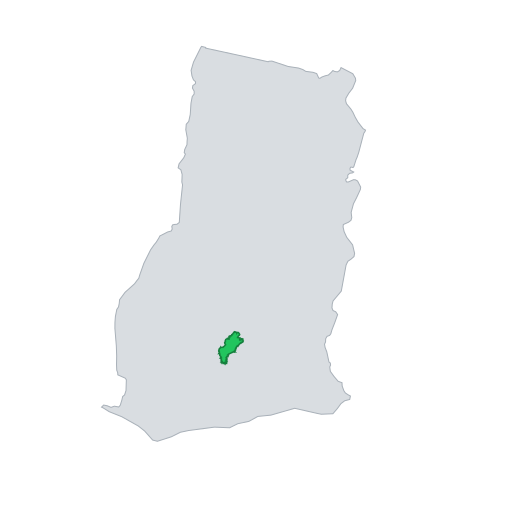 Asante Akim South, Ashanti, Ghana (highlighted), rotated 13°
{"feature_id": "2480657B39079904074923", "entity_name": "Asante Akim South", "entity_type": "district", "adm_level": 2, "iso_a3": "GHA", "parent_name": "Ghana", "parent_adm1": "Ashanti", "projection": "robinson", "projection_center": [-1.081, 6.462], "detail": "fine", "context": "in_parent", "style": "filled", "palette": "green", "viewbox_px": 512, "rotation_deg": 13, "n_neighbors": 0, "source": "geoboundaries", "source_scale": "gbopen_adm2", "svg_char_len": 7328}
<svg xmlns="http://www.w3.org/2000/svg" viewBox="0 0 512 512"><g transform="rotate(13 256 256)"><path d="M309.3,56.6L312.9,60.4L313.7,62.6L312.4,70.8L309.8,76.5L308.1,81.9L308.4,84.6L309.9,87.3L315.4,91.5L318.1,94.2L321.4,98.4L325.2,102.5L331.6,107.8L334.4,108.7L334.2,110.2L333.4,112.2L332.8,131.9L332.3,137.0L331.8,139.6L331.2,147.0L330.6,148.0L329.3,147.9L328.2,148.2L327.9,149.7L328.4,151.2L332.3,152.2L331.4,153.3L328.6,154.4L327.2,156.6L327.8,159.1L326.2,161.1L326.7,162.5L327.7,163.5L329.3,163.1L333.9,159.7L335.8,159.4L338.1,160.1L342.5,165.3L342.7,167.8L340.9,176.5L339.2,183.2L338.9,192.1L340.7,197.1L340.5,199.9L338.5,202.3L334.0,205.7L334.3,208.1L336.4,212.5L340.2,217.4L347.6,223.4L351.5,231.3L351.6,234.5L349.3,237.7L346.7,240.5L345.8,244.5L347.0,271.0L341.2,282.4L341.1,285.7L341.7,289.5L343.3,291.8L346.2,292.4L348.7,294.7L347.8,302.7L346.6,310.9L346.4,314.9L345.6,316.8L343.3,318.3L342.5,320.9L343.1,324.1L342.6,326.5L343.9,329.6L346.5,333.4L350.9,342.8L352.5,343.6L353.2,345.6L352.8,347.5L354.4,351.7L359.2,355.9L364.2,359.6L368.3,360.1L369.2,363.3L371.9,367.5L373.8,369.3L376.9,370.5L379.5,371.2L379.6,374.7L375.0,377.1L372.0,380.7L369.6,386.3L366.4,392.4L355.2,395.5L350.9,395.6L327.9,395.7L306.3,407.7L293.9,411.9L286.3,418.7L276.0,423.5L268.9,429.3L254.0,432.1L229.6,441.2L221.9,444.8L214.2,451.2L201.6,458.7L196.7,458.6L186.9,451.6L179.5,448.1L161.4,442.8L147.9,440.7L141.3,438.4L139.5,438.0L141.1,435.5L144.8,435.4L148.8,436.1L151.8,434.2L156.2,434.0L157.3,432.0L157.7,426.9L157.7,422.9L159.2,421.0L159.6,416.3L157.5,405.7L155.9,404.4L148.1,402.9L147.5,400.8L146.0,398.6L144.5,393.1L142.8,385.0L140.1,374.9L134.8,358.3L133.5,352.4L132.6,346.4L132.4,339.3L133.5,336.6L133.4,332.9L132.9,329.3L136.6,320.8L143.9,310.4L145.5,306.7L146.8,304.1L147.0,300.4L148.4,288.3L151.9,273.7L154.1,268.2L155.6,265.2L157.3,260.3L157.8,258.1L164.6,252.4L167.7,250.8L168.3,248.6L167.3,246.1L167.8,244.4L169.4,243.6L171.8,242.9L173.7,240.6L170.8,222.6L168.6,204.6L168.4,203.1L167.1,200.6L165.7,193.2L163.4,188.9L160.3,187.6L160.3,183.5L163.5,176.6L164.3,172.6L162.8,171.4L162.6,168.2L163.7,163.1L163.1,160.0L162.6,156.7L159.2,148.8L158.4,143.3L160.2,140.0L160.1,132.9L158.3,121.9L158.0,115.0L159.3,112.1L158.7,109.4L156.3,106.7L156.1,104.2L158.2,101.7L157.9,99.8L155.4,98.4L153.1,95.0L151.0,89.7L151.5,81.1L155.3,65.3L155.8,64.0L160.1,64.1L160.2,64.8L173.6,64.6L189.1,64.4L207.5,64.2L224.2,64.0L224.9,63.3L227.7,62.5L244.6,64.1L255.2,63.3L259.7,63.8L262.9,64.9L270.2,64.2L274.1,64.6L277.1,68.5L278.3,68.5L279.9,66.8L282.8,64.9L285.8,63.4L287.9,60.3L289.2,58.0L291.1,58.5L293.9,58.3L295.8,56.4L296.5,53.3L309.3,56.6Z" fill="#d9dde1" stroke="#a8b0b8" stroke-width="1"/><path d="M259.1,339.5L256.4,339.6L256.5,338.9L256.8,338.0L257.6,336.9L257.8,336.3L257.4,335.7L256.2,334.6L255.6,334.5L254.8,335.1L254.6,335.5L254.4,334.8L254.0,334.9L253.5,334.6L253.1,334.6L252.9,334.6L253.0,334.9L252.5,335.1L251.9,334.8L251.7,335.1L251.4,335.8L251.5,335.9L251.5,336.1L251.3,336.3L251.1,336.5L251.0,336.9L250.7,337.4L250.7,337.8L250.4,337.8L250.1,338.0L250.2,338.3L250.1,338.5L250.1,338.8L250.1,339.0L249.6,339.2L249.5,339.5L249.3,339.4L248.5,339.7L248.2,340.1L247.8,340.4L248.1,340.8L248.4,340.8L248.3,341.1L248.1,341.4L248.6,341.6L248.3,341.9L248.2,341.9L247.6,342.2L247.4,342.3L247.6,342.4L247.8,342.5L248.3,342.8L248.4,343.1L246.2,343.3L245.3,344.2L245.1,345.7L245.5,346.4L244.9,347.2L245.2,348.1L245.7,348.5L245.8,348.9L246.2,349.2L246.3,349.3L246.2,349.6L245.8,350.2L245.5,350.9L244.4,352.1L244.4,352.4L243.6,352.6L243.3,352.7L243.2,352.7L243.0,352.8L242.5,352.9L242.3,353.0L242.2,352.9L242.2,353.0L241.9,353.3L241.9,353.6L241.8,353.9L241.5,354.0L241.2,354.6L241.2,354.8L241.0,355.0L241.2,355.5L241.0,355.8L241.1,356.0L241.3,356.2L241.3,356.5L241.2,356.7L241.0,356.8L241.1,357.2L241.4,357.3L241.7,357.7L241.8,357.6L241.9,357.8L242.0,358.0L241.9,358.4L242.0,358.3L242.1,358.7L241.9,358.8L242.0,359.1L242.2,358.9L242.5,359.1L242.7,359.5L242.6,359.8L242.7,360.0L243.0,360.3L242.9,360.5L243.0,360.7L243.1,360.8L243.1,361.0L243.3,361.1L244.1,361.8L244.2,362.6L244.3,362.5L244.6,362.5L244.7,362.3L244.8,362.4L244.9,362.6L244.9,362.9L244.7,363.2L244.8,363.4L244.7,363.5L244.8,363.5L244.7,363.6L244.9,363.6L245.0,363.8L245.0,364.1L245.4,364.6L245.4,364.8L245.5,364.8L245.5,365.1L245.7,365.3L245.6,365.7L245.6,365.9L245.8,365.9L245.8,366.0L246.0,365.9L246.0,366.0L245.9,366.0L246.1,366.1L246.3,366.3L246.2,366.5L246.3,366.6L246.2,366.8L246.3,366.9L246.2,367.2L246.3,367.3L246.4,367.5L246.5,367.5L246.4,367.6L246.5,367.6L246.7,367.8L246.7,367.7L246.8,367.8L247.0,367.6L247.3,367.5L247.2,367.4L247.3,367.5L247.4,367.3L247.5,367.5L247.8,367.4L247.8,367.6L248.1,367.5L248.2,367.4L248.4,367.3L248.5,367.3L248.6,367.6L248.8,367.5L248.9,367.4L248.9,367.7L249.0,367.7L249.0,367.8L249.2,367.7L249.4,367.8L249.6,367.7L249.7,367.8L249.7,367.7L249.8,367.7L250.0,367.8L250.0,367.7L250.1,367.8L250.1,367.6L250.3,367.5L250.4,367.4L250.5,367.3L250.5,367.2L250.7,367.3L250.7,367.1L250.8,367.1L250.7,367.0L250.8,366.9L250.8,366.7L250.7,366.6L250.8,366.5L250.7,366.4L250.8,366.4L250.7,366.3L250.8,366.2L250.7,366.2L250.8,365.9L250.7,365.9L250.7,365.7L250.7,365.4L250.8,365.3L250.7,365.3L250.8,365.3L250.7,365.2L250.8,365.2L250.7,365.1L250.6,364.9L250.7,364.5L250.7,364.3L250.8,364.2L250.7,364.1L250.9,364.1L250.8,363.8L250.9,363.7L251.0,363.6L251.0,363.4L250.9,363.2L250.8,363.3L250.7,363.2L250.7,363.3L250.7,363.2L250.6,363.3L250.4,363.2L250.4,362.9L250.2,362.6L250.3,362.6L250.4,362.3L250.5,362.2L250.4,362.3L250.4,362.1L250.2,361.9L250.1,362.0L250.0,361.9L249.9,361.8L249.8,361.6L249.9,361.4L250.0,361.4L249.9,361.4L250.2,361.5L250.2,361.4L250.3,361.4L250.4,361.2L250.3,360.9L250.2,360.8L250.3,360.7L250.2,360.6L250.2,360.3L250.6,360.1L251.0,360.0L251.3,360.1L251.3,359.8L251.1,359.8L251.1,359.7L251.0,359.8L250.9,359.8L250.9,359.7L251.0,359.3L251.3,358.9L251.2,358.7L251.4,358.6L251.2,358.1L251.3,358.0L251.2,358.0L251.4,357.8L251.6,357.8L251.7,357.7L251.8,357.3L252.1,357.2L252.4,356.9L252.6,356.8L252.7,356.7L252.9,356.6L253.0,356.5L253.3,356.3L253.6,356.1L253.7,355.9L253.8,355.7L254.2,355.4L254.4,355.4L254.5,355.2L254.8,355.1L255.0,355.1L255.3,354.8L255.3,354.5L255.5,354.3L255.6,354.2L255.8,354.5L256.2,354.5L256.5,354.5L256.5,354.2L256.8,354.0L257.0,354.1L256.9,354.0L257.0,354.0L256.6,353.7L256.8,353.4L256.6,353.2L256.6,352.7L257.1,352.5L257.2,352.3L257.1,351.9L257.3,351.9L257.3,351.7L257.2,351.6L257.1,351.4L256.9,351.1L257.0,350.9L256.9,350.9L256.9,350.7L257.2,350.5L257.1,350.4L257.2,350.1L257.3,349.9L257.4,349.7L257.2,349.5L257.3,349.4L257.4,349.1L257.5,349.0L257.5,348.7L257.9,348.5L257.9,348.3L257.9,348.0L258.1,348.0L258.2,347.9L258.2,347.7L258.3,347.7L258.6,347.4L258.8,347.6L258.9,347.2L259.0,347.1L259.1,346.9L259.0,346.7L259.3,346.4L259.6,345.6L259.8,345.2L260.0,345.1L260.0,344.9L260.3,344.7L260.5,344.7L260.8,344.4L260.8,344.2L261.0,344.3L261.2,344.0L261.3,343.7L261.7,343.1L262.0,343.2L262.2,342.8L262.4,342.8L262.4,342.6L262.5,342.4L262.3,342.3L262.4,342.1L262.6,341.7L262.4,341.6L262.4,341.3L262.2,341.1L262.0,340.4L261.9,340.2L261.9,339.9L261.6,339.9L261.3,339.9L261.2,340.1L261.0,339.8L260.8,339.9L260.6,339.9L260.6,340.3L260.6,340.7L259.8,341.3L259.6,341.3L259.4,341.5L259.1,341.6L258.9,341.4L258.8,341.0L258.9,340.6L258.8,339.9L258.9,339.7L259.1,339.6L259.1,339.5Z" fill="#22c55e" stroke="#15803d" stroke-width="1.5"/></g></svg>